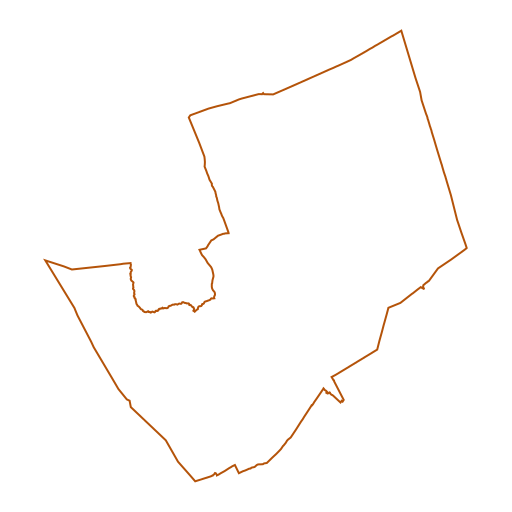 the district of Åmot nor, Hedmark, Norway
{"feature_id": "86288312B80993822941630", "entity_name": "Åmot nor", "entity_type": "district", "adm_level": 2, "iso_a3": "NOR", "parent_name": "Norway", "parent_adm1": "Hedmark", "projection": "orthographic", "projection_center": [11.34, 61.261], "detail": "fine", "context": "isolated", "style": "outline", "palette": "amber", "viewbox_px": 512, "rotation_deg": 0, "n_neighbors": 0, "source": "geoboundaries", "source_scale": "gbopen_adm2", "svg_char_len": 6009}
<svg xmlns="http://www.w3.org/2000/svg" viewBox="0 0 512 512"><path d="M195.2,481.3L210.7,476.4L211.0,476.2L211.5,476.1L212.2,475.6L212.7,475.6L212.9,475.2L213.7,474.7L214.3,474.1L214.6,473.7L214.7,473.4L215.0,473.0L215.7,473.2L216.4,474.2L216.9,475.1L217.0,475.2L217.0,475.3L218.4,474.7L220.6,473.3L224.6,471.1L229.2,468.1L231.0,467.1L232.2,466.3L234.9,465.0L238.9,473.2L243.0,471.2L244.9,470.6L247.0,469.7L249.1,468.7L250.0,468.6L250.6,468.5L251.4,467.7L252.2,467.5L254.2,467.1L254.7,466.9L256.8,465.0L258.1,464.4L261.3,464.3L262.9,464.2L264.1,463.4L266.8,463.0L272.3,457.6L276.4,453.8L279.7,450.4L281.0,449.0L283.0,446.0L283.5,445.6L284.4,444.5L285.7,442.9L287.0,440.7L287.9,439.7L290.7,437.5L295.9,429.7L300.9,421.8L302.8,419.1L304.1,416.9L307.0,412.5L310.5,407.1L311.4,405.7L311.7,405.1L311.9,405.0L312.2,405.2L313.3,403.7L314.2,402.1L316.8,398.4L323.2,389.0L323.5,388.4L324.0,388.9L324.7,390.0L325.1,390.2L325.9,390.8L326.1,390.8L327.1,391.9L326.4,392.8L327.5,393.5L328.1,393.4L329.6,392.4L329.9,392.6L329.9,393.1L330.3,393.6L331.5,394.8L331.8,394.9L332.3,395.0L333.2,395.7L340.5,402.5L341.7,400.8L342.6,401.6L343.7,399.9L334.2,381.5L334.0,380.4L333.5,380.2L331.6,377.0L335.4,375.0L343.2,370.3L377.2,349.6L379.4,340.9L381.9,331.9L383.7,325.0L384.5,322.2L386.8,313.9L387.4,311.6L387.6,310.9L388.4,307.8L400.4,302.9L412.0,293.8L412.7,293.4L417.6,289.5L420.8,287.1L421.3,287.5L423.7,288.8L423.9,288.6L423.8,288.3L423.3,287.4L423.1,286.3L423.4,285.1L424.3,284.4L426.0,282.9L426.8,282.5L427.4,281.8L427.6,281.8L427.9,281.4L428.4,281.3L428.9,280.9L438.0,268.4L451.2,259.5L464.3,250.0L466.2,248.5L466.7,248.0L465.5,244.3L461.2,232.1L458.2,223.1L457.1,219.9L450.9,195.2L446.8,181.6L445.9,178.4L445.7,177.9L445.5,177.0L445.4,176.7L443.9,172.3L442.3,166.8L441.8,164.9L441.3,163.5L436.9,149.1L436.7,148.4L435.8,145.4L434.2,139.9L432.6,134.8L432.1,133.1L431.9,132.7L431.7,131.7L431.3,130.1L430.8,128.8L430.5,127.7L429.9,126.1L429.4,124.3L428.0,119.6L427.7,119.0L427.5,118.2L427.5,117.8L427.0,116.2L426.0,113.7L421.6,100.3L420.1,91.9L415.5,78.0L401.3,30.7L392.9,35.7L391.6,36.3L376.2,45.3L375.5,45.6L372.4,47.6L369.9,48.9L366.5,51.0L353.8,58.2L351.0,59.9L337.8,65.9L336.7,66.3L333.3,67.9L329.2,69.6L297.6,83.7L273.2,94.4L264.0,94.2L263.6,93.9L263.1,93.1L262.4,93.7L262.1,94.2L258.7,94.1L241.9,98.5L239.0,99.4L229.9,103.2L228.0,103.6L217.2,106.2L208.5,108.6L190.3,115.3L188.8,117.5L199.3,143.1L204.4,156.6L204.7,159.2L204.9,162.0L204.8,164.4L204.6,166.6L206.4,171.1L207.2,173.5L208.2,175.7L208.8,177.4L209.5,179.7L209.8,180.2L210.4,181.2L211.3,182.7L211.9,183.7L211.8,184.1L211.9,185.4L212.3,186.3L212.9,186.9L214.3,189.7L214.6,190.2L215.4,191.9L215.5,192.9L216.1,195.1L216.2,195.9L216.2,196.4L216.8,197.8L217.4,200.7L218.2,203.1L219.1,207.2L219.4,209.3L220.5,212.1L221.3,213.9L221.9,215.6L222.8,217.3L223.2,217.9L224.0,220.0L228.5,232.5L228.6,233.2L225.2,233.4L224.0,233.8L223.1,233.8L221.4,234.5L218.0,235.7L213.5,239.4L211.3,240.4L208.0,245.3L207.7,246.0L207.2,246.8L206.0,248.4L199.5,249.8L201.3,253.7L202.1,255.2L203.8,257.0L205.6,259.3L207.6,262.9L208.6,264.1L210.2,266.0L211.1,267.1L211.7,268.3L212.2,269.5L212.4,270.2L212.9,272.5L213.3,274.3L213.5,275.9L213.4,276.9L213.2,277.6L212.5,280.2L212.1,283.5L211.8,283.9L211.8,284.6L211.8,286.9L212.1,288.4L212.4,289.1L213.0,290.3L214.3,291.7L214.7,292.5L214.9,293.2L215.0,294.6L214.8,295.4L214.3,296.2L214.1,297.1L214.0,297.9L214.2,298.3L212.8,298.5L211.7,298.3L211.3,298.4L210.9,298.7L210.5,299.5L210.1,299.8L208.5,300.5L207.9,300.6L207.6,300.8L206.7,301.1L205.0,301.6L204.5,302.0L203.9,303.3L203.6,303.7L203.3,303.9L202.4,304.0L202.1,304.2L202.0,304.4L201.8,305.4L201.2,306.0L200.5,306.2L199.3,306.2L198.5,306.7L198.3,307.1L198.1,307.5L197.9,308.5L197.8,309.2L196.5,309.9L194.7,311.7L193.9,311.0L193.5,310.9L193.4,310.8L193.8,310.1L194.1,308.8L194.0,308.6L193.7,307.8L193.4,307.6L193.3,307.2L192.7,307.2L192.3,306.9L191.7,306.2L191.2,305.5L190.8,305.1L190.2,304.9L189.8,305.1L189.3,305.0L189.2,304.8L189.1,303.9L188.9,303.6L188.6,303.4L186.5,303.4L185.9,303.0L184.6,302.9L183.4,302.2L182.7,302.2L182.2,302.3L181.6,303.4L181.1,303.8L180.6,303.8L179.7,303.6L179.1,303.6L177.4,304.6L176.6,304.3L175.6,304.2L174.7,304.3L174.1,304.7L173.2,304.6L172.5,304.7L170.6,305.8L169.5,305.9L168.9,306.2L168.6,306.4L168.2,307.5L167.3,308.1L166.6,308.2L164.7,308.0L163.0,308.5L162.8,308.3L162.8,307.9L162.5,307.7L161.4,308.5L160.2,308.5L159.6,309.2L159.0,309.0L158.8,309.2L158.5,309.6L158.3,309.8L158.2,310.4L157.9,310.6L157.7,310.9L157.0,311.0L156.8,311.0L156.3,310.7L155.8,310.8L155.4,311.2L155.1,311.9L154.6,312.3L154.3,312.3L153.1,311.9L152.8,311.7L152.3,311.6L150.8,312.6L150.5,312.6L150.2,312.4L150.0,312.0L149.9,312.0L148.8,312.0L148.6,311.7L148.4,311.3L148.2,311.2L147.5,311.5L147.2,311.8L146.1,312.2L144.4,312.0L144.2,311.6L143.0,311.0L142.7,310.2L142.5,309.9L141.8,309.5L141.1,309.3L140.6,308.8L140.0,307.9L139.3,307.1L138.7,306.5L137.5,305.7L137.1,304.7L136.7,304.3L136.4,303.5L136.3,303.2L136.3,302.8L136.0,301.8L135.9,301.1L135.6,300.2L135.7,299.2L135.3,298.8L134.8,298.5L134.6,298.0L134.7,297.3L134.1,296.9L133.8,296.2L133.8,295.8L133.9,295.3L134.5,294.6L134.5,294.3L134.5,294.1L134.1,293.2L134.1,292.9L134.4,291.5L134.4,291.3L134.3,290.9L134.3,290.6L134.1,290.1L133.6,289.5L133.1,289.0L133.0,288.4L133.1,288.0L133.4,287.6L133.4,287.2L133.2,286.5L133.2,285.7L133.0,284.8L133.5,282.5L133.3,282.2L131.3,280.5L130.8,279.3L130.7,278.9L130.8,278.5L131.0,277.9L131.1,277.1L130.8,276.7L130.7,276.3L130.7,275.7L130.5,275.2L130.4,274.8L130.7,274.2L130.4,273.9L130.3,273.6L130.7,273.2L130.7,272.6L130.8,272.0L131.3,271.2L131.7,270.7L131.8,270.1L131.8,269.9L131.3,269.4L130.8,269.1L130.3,268.6L130.2,268.3L130.1,267.6L130.6,267.2L130.9,264.8L130.9,264.5L130.5,263.5L130.5,263.1L123.4,263.7L120.5,264.2L104.8,266.0L71.9,269.5L63.9,266.4L45.3,260.4L74.5,308.1L75.1,309.7L77.5,315.5L91.2,341.8L93.7,347.2L111.9,377.9L118.4,389.0L126.8,399.4L129.6,400.7L130.8,407.1L165.8,440.3L178.0,461.7L190.1,475.4L194.6,480.6L195.2,481.3Z" fill="none" stroke="#b45309" stroke-width="2"/></svg>